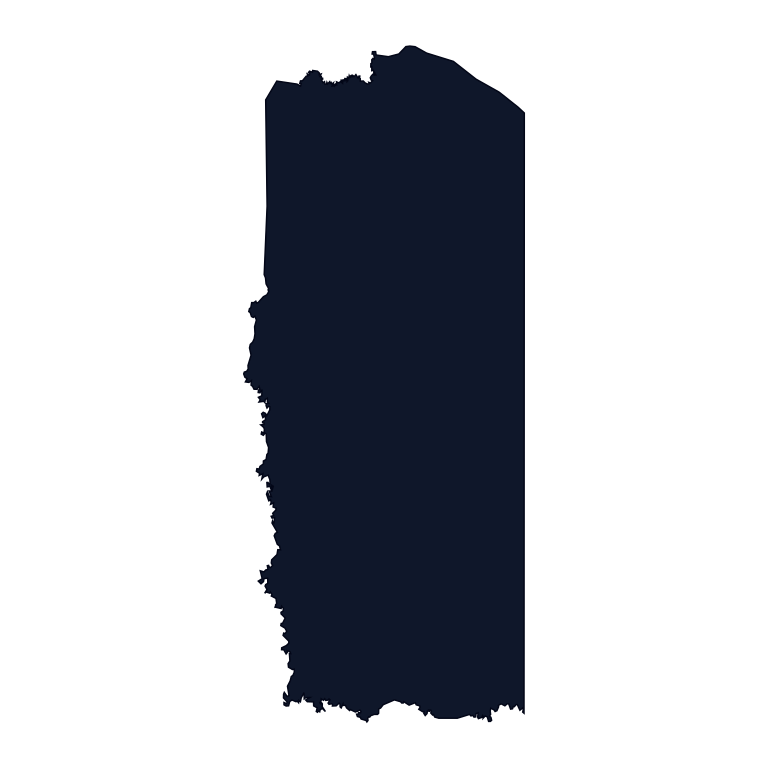 Keerom, Papua, Indonesia (Equal Earth projection)
{"feature_id": "22746128B17774751253690", "entity_name": "Keerom", "entity_type": "district", "adm_level": 2, "iso_a3": "IDN", "parent_name": "Indonesia", "parent_adm1": "Papua", "projection": "equal_earth", "projection_center": [140.467, -3.327], "detail": "fine", "context": "isolated", "style": "filled", "palette": "ink", "viewbox_px": 768, "rotation_deg": 0, "n_neighbors": 0, "source": "geoboundaries", "source_scale": "gbopen_adm2", "svg_char_len": 5997}
<svg xmlns="http://www.w3.org/2000/svg" viewBox="0 0 768 768"><path d="M274.4,607.6L275.1,607.1L281.1,608.5L281.6,606.2L283.4,608.4L283.1,611.0L281.0,612.3L281.1,613.9L285.2,618.0L282.6,623.3L281.2,623.5L280.8,625.6L284.9,628.0L286.7,631.2L285.3,633.5L283.7,633.1L283.1,635.4L288.8,641.1L288.8,643.2L286.3,645.6L281.7,647.8L281.6,649.7L283.8,649.8L286.1,653.9L287.3,652.3L287.1,650.7L290.0,651.6L290.7,653.6L289.4,653.4L289.9,661.0L288.1,663.7L288.5,667.2L292.4,669.5L294.2,669.2L294.3,672.2L292.9,675.4L291.3,676.5L290.2,680.9L287.5,686.2L289.0,695.6L287.1,696.4L284.3,692.4L283.6,694.2L283.5,697.9L287.3,702.1L286.4,703.6L284.0,702.5L284.0,704.8L286.1,706.0L288.6,705.8L289.7,701.5L292.0,700.0L296.0,701.7L297.2,701.1L298.6,702.7L298.9,700.4L300.4,701.7L301.2,697.9L304.1,692.4L304.2,698.8L305.8,697.6L309.9,697.5L305.7,700.0L307.3,701.7L313.5,701.9L313.7,705.9L317.2,707.8L316.3,711.5L317.5,712.2L318.1,711.0L319.7,711.8L320.0,710.1L322.2,708.3L325.4,711.5L322.2,706.7L322.3,703.8L321.6,702.8L320.5,703.8L319.8,702.7L321.1,700.8L321.2,698.8L323.5,700.3L324.7,698.7L325.7,700.4L328.0,700.1L329.0,698.9L330.0,699.8L328.1,703.1L329.0,704.3L331.8,703.7L332.6,704.8L332.4,706.0L336.2,705.8L339.1,703.1L340.0,704.1L340.1,706.9L341.2,707.9L343.0,704.0L343.2,705.4L345.5,705.4L346.5,707.8L349.6,710.5L350.4,709.6L355.4,712.0L359.9,710.1L361.0,711.3L360.6,712.8L358.5,712.6L358.6,714.1L356.6,714.2L357.4,716.5L360.3,717.3L361.1,719.0L366.1,720.5L366.9,721.9L368.0,720.5L367.7,718.3L368.6,716.7L369.7,717.1L370.7,715.7L374.2,714.4L377.5,714.4L378.6,713.3L378.7,709.0L380.6,708.0L383.2,704.7L394.4,699.9L400.6,701.7L401.7,703.0L403.2,703.0L403.8,701.7L409.1,705.1L415.3,702.7L416.2,704.8L419.7,705.9L420.1,707.3L418.8,709.3L422.6,711.7L424.1,711.6L423.8,713.3L425.2,715.5L427.0,713.6L427.4,710.9L429.3,711.2L428.8,710.1L430.8,710.2L431.4,711.8L430.8,713.0L432.6,715.0L433.4,714.5L434.8,717.1L438.8,718.2L457.3,718.2L469.6,714.4L470.9,715.9L472.9,715.4L474.0,717.1L475.7,716.9L476.1,713.5L478.1,712.8L477.7,717.2L478.4,718.6L482.0,717.3L482.6,715.4L483.5,716.2L483.2,718.1L485.2,716.0L487.3,716.9L488.6,721.4L490.4,721.4L491.6,720.3L490.9,717.3L489.5,716.1L490.6,714.4L490.2,710.9L490.8,708.2L493.9,709.8L495.1,711.5L496.9,710.7L498.6,706.8L498.3,705.5L501.1,703.8L504.9,705.8L507.2,703.8L508.7,703.8L510.6,709.1L512.5,708.8L513.3,706.5L514.3,706.7L516.1,704.6L517.3,704.5L519.9,710.2L522.6,708.0L523.3,709.6L522.7,712.1L524.0,713.2L524.3,113.0L518.2,107.3L499.2,92.2L476.1,79.2L453.4,61.4L426.6,53.1L415.1,46.7L409.9,46.1L405.9,46.6L398.8,54.0L388.4,56.7L376.1,55.0L375.6,51.6L372.5,51.7L372.1,54.0L373.6,54.2L374.5,57.8L374.2,59.2L373.0,58.4L371.8,59.7L371.9,63.0L370.9,63.6L370.8,66.9L371.8,66.7L371.8,70.7L373.4,70.3L375.8,75.0L374.5,75.1L373.8,73.9L373.8,74.8L372.8,74.3L371.2,76.1L370.3,77.8L371.2,80.1L372.6,80.7L370.5,83.0L368.8,82.4L369.2,83.6L368.0,84.2L365.2,83.0L363.3,81.0L360.4,81.2L360.2,78.3L359.0,77.4L359.8,76.2L359.1,76.0L358.0,78.1L355.9,74.6L354.2,76.6L353.0,75.6L352.5,77.5L352.1,74.7L351.5,76.3L350.9,75.7L349.8,76.5L350.9,77.6L349.8,77.2L349.2,75.8L348.8,78.1L347.4,77.1L347.1,79.2L348.5,79.4L347.5,79.7L347.8,80.8L347.0,81.7L346.8,80.3L345.9,80.3L345.9,78.7L344.9,78.5L344.4,79.8L342.2,80.1L343.5,80.8L341.9,80.9L342.7,81.7L342.6,83.3L340.5,81.5L339.0,82.9L336.6,81.9L336.9,83.2L336.2,83.9L336.8,84.9L335.8,85.2L335.2,84.2L334.6,85.9L333.6,84.3L333.3,86.1L332.0,86.2L333.2,83.0L331.9,84.0L331.1,82.4L330.2,83.3L329.7,81.7L327.6,84.0L326.9,82.4L326.5,84.1L325.0,84.3L324.5,81.7L323.0,82.7L321.4,79.7L322.7,79.1L322.6,78.2L321.2,77.9L321.3,76.5L319.9,76.5L321.1,74.0L319.2,74.6L319.3,73.0L317.5,71.2L312.7,70.5L312.5,72.2L309.5,71.2L308.6,72.4L309.7,72.9L309.4,74.9L307.3,73.9L307.9,75.9L306.2,76.2L302.4,80.8L300.5,80.9L299.8,83.4L301.2,83.5L300.6,86.1L297.0,84.1L276.8,81.1L265.7,99.9L267.1,206.2L264.2,274.6L265.5,277.8L266.1,283.9L268.6,288.5L268.1,289.8L268.7,291.7L266.8,294.9L263.4,296.7L258.3,302.4L256.6,303.1L255.8,301.2L253.9,302.6L251.7,302.6L250.8,307.8L249.5,308.6L248.8,311.6L250.2,312.5L251.5,316.5L253.3,317.4L254.9,316.2L256.4,320.0L254.6,326.7L255.0,333.8L254.2,338.8L252.7,342.1L250.3,344.4L249.5,347.9L251.1,355.2L248.0,365.5L248.2,368.9L246.7,371.3L244.3,372.1L243.7,373.9L244.9,377.2L247.1,378.7L245.4,381.9L248.9,382.4L251.4,380.6L251.1,385.2L252.6,386.3L254.0,389.2L257.0,389.3L259.1,386.4L259.9,389.2L258.5,390.1L258.2,392.5L260.0,392.8L261.0,390.4L261.9,390.2L261.8,395.8L258.4,397.3L260.3,399.8L259.0,402.0L263.7,401.3L264.8,402.5L265.3,399.4L267.3,398.3L267.4,401.8L268.7,403.3L266.2,403.6L266.1,405.6L267.0,408.0L268.7,406.2L269.9,406.7L269.8,409.9L266.8,415.8L265.5,413.4L263.2,412.3L261.6,413.8L262.9,417.6L265.1,415.7L265.6,419.7L262.6,421.7L262.6,422.7L264.2,423.1L264.1,424.5L260.8,424.9L263.8,427.5L264.4,429.5L264.0,433.0L261.7,432.0L261.2,434.1L263.3,435.3L265.1,433.1L266.2,433.8L266.5,441.6L268.6,447.5L268.1,453.1L266.9,454.5L266.1,459.5L263.4,461.0L263.4,463.9L260.0,466.4L259.2,469.0L256.9,468.7L256.4,471.3L259.6,473.3L259.2,475.4L262.9,473.6L261.8,479.1L263.7,476.9L268.1,475.1L269.9,479.7L270.1,483.6L269.5,484.4L267.9,482.4L266.9,482.5L267.2,486.9L270.0,486.3L271.3,490.0L272.0,489.2L271.5,485.1L273.3,486.3L271.8,491.2L269.1,491.0L271.4,496.6L269.2,496.2L267.4,491.8L266.5,494.2L268.8,500.8L270.5,499.9L271.2,502.1L270.6,504.3L273.6,502.9L273.1,507.0L276.0,508.1L275.9,510.0L272.7,513.3L273.7,515.6L271.2,516.3L272.1,518.1L274.6,517.6L274.0,523.0L273.2,523.2L272.5,521.1L272.0,523.0L277.4,532.3L275.3,533.4L274.2,535.8L277.3,544.3L279.5,545.9L280.5,549.8L277.8,549.7L277.0,554.6L271.7,559.8L271.3,563.0L272.6,565.5L270.6,567.5L269.4,567.2L268.6,565.4L267.3,565.7L268.0,569.3L265.7,570.0L264.0,571.9L260.3,570.8L262.2,578.7L258.3,581.1L261.0,583.8L263.5,581.6L264.0,578.6L267.7,578.2L267.8,583.3L265.7,584.6L265.1,586.1L267.0,589.5L264.7,593.2L266.3,592.0L269.7,593.1L270.3,591.9L272.0,594.3L271.3,596.0L276.0,598.4L276.7,603.5L275.6,604.9L275.5,607.0L275.1,607.0L274.4,607.6Z" fill="#0f172a" stroke="#020617" stroke-width="1.5"/></svg>